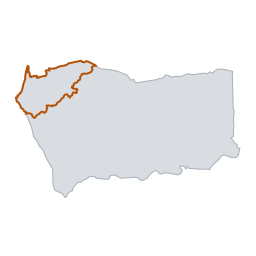 location of Western within Ghana, rotated 89°
{"feature_id": "GHA-2162", "entity_name": "Western", "entity_type": "Region", "adm_level": 1, "iso_a3": "GHA", "parent_name": "Ghana", "parent_adm1": "", "projection": "robinson", "projection_center": [-2.27, 5.896], "detail": "fine", "context": "in_parent", "style": "outline", "palette": "amber", "viewbox_px": 256, "rotation_deg": 89, "n_neighbors": 0, "source": "natural_earth", "source_scale": "10m", "svg_char_len": 6736}
<svg xmlns="http://www.w3.org/2000/svg" viewBox="0 0 256 256"><g transform="rotate(89 128 128)"><path d="M157.4,18.3L159.3,20.4L159.7,21.6L159.0,26.1L157.6,29.2L156.7,32.2L156.9,33.7L157.7,35.1L160.7,37.4L162.2,38.9L164.0,41.2L166.1,43.4L169.6,46.3L171.1,46.9L171.1,47.7L170.6,48.8L170.3,59.6L170.0,62.4L169.7,63.8L169.4,67.8L169.1,68.4L168.4,68.4L167.8,68.5L167.6,69.3L167.9,70.1L170.0,70.7L169.5,71.3L168.0,71.9L167.2,73.1L167.5,74.5L166.7,75.6L166.9,76.3L167.5,76.9L168.4,76.7L170.9,74.8L171.9,74.6L173.2,75.0L175.6,77.8L175.7,79.2L174.7,84.0L173.8,87.7L173.6,92.6L174.6,95.3L174.5,96.8L173.4,98.1L171.0,100.0L171.1,101.3L172.3,103.7L174.3,106.4L178.4,109.7L180.6,114.0L180.6,115.8L179.4,117.5L177.9,119.1L177.4,121.3L178.1,135.8L174.9,142.0L174.9,143.8L175.2,145.9L176.1,147.2L177.7,147.5L179.0,148.7L178.6,153.2L177.9,157.7L177.8,159.8L177.4,160.9L176.1,161.7L175.7,163.1L176.0,164.9L175.7,166.2L176.4,167.9L177.9,169.9L180.2,175.1L181.1,175.5L181.6,176.6L181.3,177.7L182.2,180.0L184.8,182.3L187.6,184.3L189.8,184.6L190.3,186.4L191.8,188.7L192.9,189.7L194.5,190.3L195.9,190.7L196.0,192.6L193.5,193.9L191.8,195.9L190.5,198.9L188.8,202.3L182.6,204.0L180.3,204.0L167.7,204.1L155.9,210.7L149.1,213.0L144.9,216.7L139.3,219.3L135.4,222.5L127.2,224.0L113.8,229.0L109.6,231.0L105.4,234.5L98.5,238.6L95.8,238.5L90.4,234.7L86.4,232.8L76.5,229.9L69.1,228.8L65.5,227.5L64.5,227.3L65.4,225.9L67.4,225.8L69.6,226.2L71.2,225.2L73.6,225.0L74.3,224.0L74.5,221.2L74.4,219.0L75.3,218.0L75.5,215.4L74.3,209.5L73.5,208.9L69.2,208.1L68.8,206.9L68.1,205.7L67.2,202.7L66.3,198.2L64.8,192.7L61.9,183.6L61.2,180.4L60.7,177.1L60.6,173.2L61.2,171.7L61.1,169.7L60.8,167.7L62.9,163.1L66.9,157.4L67.7,155.3L68.5,153.9L68.6,151.9L69.3,145.2L71.2,137.3L72.4,134.2L73.2,132.6L74.2,129.9L74.5,128.7L78.2,125.6L79.8,124.7L80.2,123.5L79.6,122.1L79.9,121.2L80.8,120.8L82.1,120.4L83.1,119.1L81.6,109.2L80.3,99.4L80.2,98.6L79.5,97.2L78.8,93.2L77.5,90.8L75.8,90.1L75.8,87.9L77.5,84.1L78.0,81.9L77.2,81.2L77.0,79.5L77.6,76.7L77.3,75.0L77.0,73.1L75.2,68.8L74.8,65.8L75.7,64.0L75.7,60.1L74.7,54.1L74.5,50.3L75.2,48.7L74.9,47.2L73.6,45.8L73.5,44.4L74.6,43.1L74.4,42.0L73.0,41.2L71.8,39.4L70.7,36.5L70.9,31.7L73.0,23.1L73.3,22.4L75.6,22.4L75.7,22.8L83.0,22.7L91.5,22.6L101.6,22.5L110.7,22.4L111.1,22.0L112.7,21.5L121.9,22.4L127.7,22.0L130.2,22.3L132.0,22.8L136.0,22.5L138.1,22.7L139.7,24.9L140.4,24.8L141.3,23.9L142.9,22.9L144.5,22.1L145.6,20.4L146.4,19.1L147.4,19.3L148.9,19.3L149.9,18.2L150.3,16.5L157.4,18.3Z" fill="#d9dde1" stroke="#a8b0b8" stroke-width="1"/><path d="M62.8,187.0L62.4,186.5L60.0,174.3L60.0,173.7L60.3,173.3L60.8,173.0L61.0,172.8L61.6,170.9L61.5,170.6L61.1,169.7L60.7,169.2L60.6,168.8L60.6,167.6L61.2,166.2L64.7,159.4L65.1,159.1L65.1,159.3L65.4,161.1L65.6,161.8L65.9,162.4L66.0,162.6L66.4,162.9L66.6,163.1L66.8,163.1L67.2,163.2L67.3,163.2L67.5,163.1L68.7,162.6L69.0,162.5L69.3,162.6L69.8,162.8L70.7,163.4L71.2,163.9L71.5,164.3L72.2,165.8L72.4,166.5L72.8,167.7L72.9,167.9L72.9,168.6L72.9,168.8L73.0,168.9L73.0,169.1L73.1,169.5L73.1,169.8L72.9,170.5L72.8,170.9L72.8,171.2L72.9,171.5L73.1,172.1L73.2,172.4L73.2,172.7L73.2,173.0L73.3,173.1L73.4,173.3L73.6,173.3L74.4,173.6L74.7,173.7L75.9,174.8L76.0,174.9L76.4,175.0L76.7,175.0L77.9,174.9L78.2,174.9L78.4,175.0L78.8,175.2L79.0,175.4L79.2,175.6L79.3,176.3L79.4,176.6L79.6,176.9L79.7,177.0L79.9,177.1L80.0,177.2L80.6,177.4L81.0,177.6L81.3,177.9L82.7,181.2L82.8,181.3L83.0,181.4L84.0,181.5L84.3,181.6L84.7,181.8L85.1,182.1L85.3,182.3L85.6,182.3L85.5,183.1L85.7,183.3L86.0,183.3L86.4,183.3L86.6,183.3L86.8,183.1L87.0,183.0L87.3,182.6L87.4,182.4L87.6,182.1L87.7,181.7L87.8,181.3L88.1,178.9L88.2,178.6L88.3,178.2L88.5,178.1L88.9,178.0L89.0,178.1L89.3,178.2L90.2,178.9L90.4,178.9L90.7,178.9L91.3,178.7L91.6,178.6L91.8,178.7L92.0,178.8L92.1,179.0L92.1,179.3L92.1,179.5L91.5,181.5L91.5,181.9L91.5,182.1L91.5,182.3L91.9,182.6L94.1,183.2L94.3,183.3L94.5,183.5L94.8,183.9L94.8,184.1L95.0,184.6L95.0,184.8L95.1,185.0L95.3,185.3L95.5,185.4L96.4,185.4L96.3,185.9L96.1,186.2L95.6,186.7L95.2,187.0L94.4,187.4L93.8,187.7L93.6,188.0L93.4,188.3L93.3,188.8L93.3,189.2L93.4,189.6L93.4,189.9L93.5,190.1L93.7,190.6L93.9,190.7L94.7,191.4L95.2,191.7L95.5,191.7L95.7,191.8L96.3,192.0L96.5,192.2L96.8,192.6L96.9,192.8L97.3,193.7L97.4,193.9L97.5,194.0L98.6,194.5L99.1,194.8L99.3,195.0L99.9,195.7L101.3,197.9L101.3,198.0L102.0,198.6L102.3,198.8L103.0,199.0L103.4,199.3L103.6,199.6L104.0,200.2L104.2,200.6L104.2,200.9L104.2,201.1L104.1,201.7L104.0,202.2L104.1,202.6L104.1,202.8L104.3,203.0L104.7,203.2L104.9,203.4L104.9,203.6L104.9,203.9L104.6,204.1L104.5,204.3L104.4,204.6L104.4,204.8L104.4,205.5L104.4,205.9L104.2,206.6L104.0,207.2L104.0,207.5L104.0,207.8L104.1,208.5L104.2,208.8L104.4,209.0L104.6,209.0L105.7,208.6L106.0,208.5L106.4,208.4L106.6,208.4L106.8,208.5L107.1,208.6L107.4,208.9L107.6,209.0L107.9,209.1L108.6,209.1L109.0,209.2L109.3,209.3L109.6,209.5L110.2,209.8L110.6,210.2L111.0,210.7L111.3,211.2L111.3,211.4L111.3,211.5L111.1,211.9L111.0,212.1L110.9,212.2L110.6,212.3L110.5,212.6L110.4,212.9L110.3,213.3L110.3,213.5L110.4,214.2L110.6,214.8L111.1,215.4L111.2,215.6L111.4,215.8L111.8,215.9L111.9,216.0L112.1,216.2L112.4,216.4L112.5,216.6L112.6,216.9L112.8,217.7L112.9,217.9L113.0,218.1L113.4,218.6L114.4,219.7L115.7,220.5L115.9,220.8L116.2,221.2L116.3,221.4L116.3,221.6L116.2,221.7L115.3,222.5L114.9,223.1L114.7,223.3L114.4,223.4L114.2,223.5L113.6,223.5L113.2,223.6L112.9,223.7L112.8,223.8L112.7,224.0L111.9,225.5L111.7,225.8L111.6,226.2L111.5,227.1L111.5,227.4L111.8,229.7L111.3,229.5L110.8,229.4L110.3,229.6L109.9,229.9L109.8,230.2L110.0,230.7L110.0,231.0L109.8,231.2L109.7,231.4L107.6,232.5L107.2,232.9L106.3,234.0L106.2,234.2L106.3,234.5L106.0,234.7L105.7,234.7L103.6,235.4L101.3,236.6L100.8,237.1L100.0,238.2L99.6,238.7L99.2,238.9L97.0,239.2L96.6,239.4L95.8,239.5L95.6,239.4L95.4,239.2L95.3,238.8L95.4,238.5L95.3,238.1L94.9,238.0L94.6,238.0L94.2,237.8L93.8,237.8L93.9,237.6L93.6,237.3L92.3,236.1L91.6,235.8L91.3,235.6L91.2,235.3L91.2,235.0L91.0,234.8L90.9,234.5L87.7,233.1L82.5,231.9L77.5,230.0L73.5,229.7L69.1,228.8L64.8,227.3L64.3,227.2L64.5,226.6L65.0,226.4L65.3,226.4L67.5,226.4L68.2,226.6L68.4,226.8L68.7,227.4L68.9,227.6L69.3,227.5L69.9,227.2L70.3,227.1L70.2,226.1L71.0,225.7L72.1,225.5L72.8,225.2L74.0,225.2L74.7,225.1L75.1,224.8L75.4,224.1L75.3,223.9L74.9,223.5L74.8,223.4L74.7,223.1L74.9,222.3L74.9,222.0L74.8,221.7L74.3,221.0L74.2,220.5L74.4,218.3L75.5,218.5L75.9,218.5L76.2,218.0L76.3,217.4L76.1,216.8L75.3,214.6L74.8,212.1L74.7,210.3L74.6,209.7L74.3,209.3L73.9,208.9L71.8,208.3L71.3,208.5L70.3,209.2L69.7,209.3L68.9,208.8L68.8,207.9L69.1,205.7L67.1,205.9L67.4,202.0L67.3,200.7L67.0,199.5L65.8,197.0L65.3,195.8L64.4,190.0L63.8,188.1L62.9,187.2L62.8,187.0Z" fill="none" stroke="#b45309" stroke-width="2"/></g></svg>